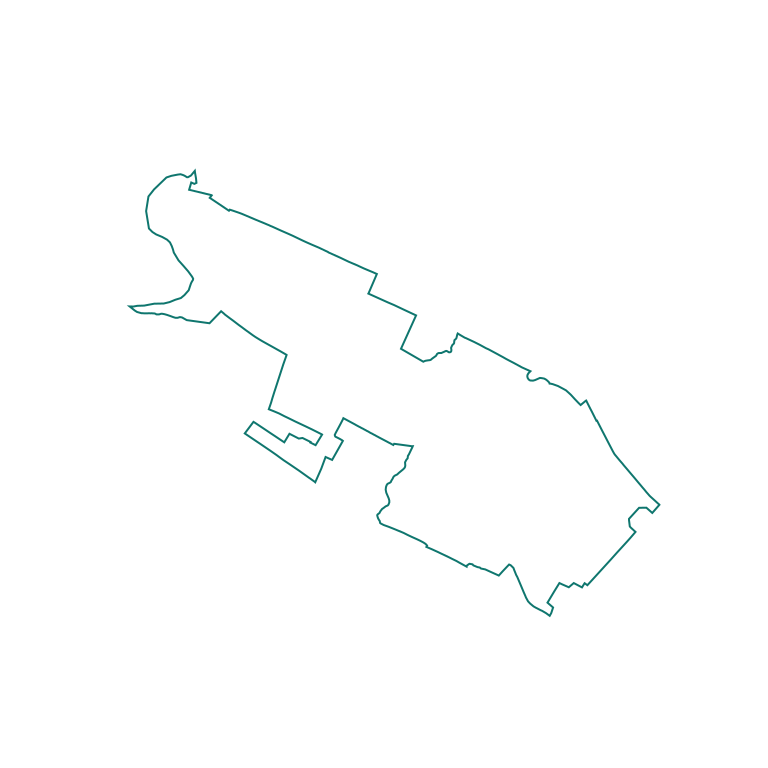 outline of Clinceni, Ilfov, Romania, rotated 64°
{"feature_id": "2599482B71461276901168", "entity_name": "Clinceni", "entity_type": "district", "adm_level": 2, "iso_a3": "ROU", "parent_name": "Romania", "parent_adm1": "Ilfov", "projection": "mercator", "projection_center": [25.929, 44.377], "detail": "fine", "context": "isolated", "style": "outline", "palette": "teal", "viewbox_px": 768, "rotation_deg": 64, "n_neighbors": 0, "source": "geoboundaries", "source_scale": "gbopen_adm2", "svg_char_len": 6165}
<svg xmlns="http://www.w3.org/2000/svg" viewBox="0 0 768 768"><g transform="rotate(64 384 384)"><path d="M109.5,460.6L112.0,466.1L112.2,469.5L111.7,470.5L110.7,471.1L109.3,472.0L108.0,473.1L106.3,474.9L105.4,477.5L103.7,483.8L103.0,489.0L108.3,505.4L112.2,513.5L124.3,522.0L141.2,527.1L145.9,525.5L149.7,523.2L154.6,518.9L159.2,515.7L162.9,514.3L167.0,514.3L170.6,514.7L173.7,515.3L182.8,514.5L189.8,512.5L197.0,510.6L203.2,509.5L204.6,509.4L205.8,509.4L206.8,510.2L207.7,511.7L208.9,513.3L211.1,515.5L214.1,518.4L216.6,524.4L217.7,528.9L216.8,534.6L216.4,540.8L215.1,546.7L211.1,555.3L208.4,565.2L205.6,571.4L204.5,575.3L202.8,578.6L208.7,575.8L211.0,574.4L214.0,571.0L214.8,569.5L215.5,568.3L216.0,567.2L216.7,565.8L217.4,564.2L218.1,562.9L218.5,562.0L218.8,561.4L219.3,560.7L219.8,559.6L220.7,558.6L221.6,558.1L222.0,557.4L222.5,556.4L222.9,555.4L223.1,553.8L223.4,553.0L223.9,552.2L225.1,550.6L226.8,548.7L228.1,547.4L229.4,546.1L231.5,544.1L233.0,542.5L234.0,540.6L234.4,538.1L235.6,536.4L240.1,533.3L252.9,514.2L247.2,498.5L250.3,497.1L251.9,496.5L252.3,496.3L257.2,493.8L260.8,491.9L267.4,488.6L270.2,487.1L274.7,484.8L282.9,480.4L285.5,478.9L289.6,476.3L292.2,474.6L298.1,470.5L300.8,468.6L306.0,465.0L309.3,462.7L314.5,459.2L315.2,458.8L322.4,466.1L341.6,484.6L342.6,485.6L348.2,490.9L351.2,493.6L356.2,498.6L360.5,494.7L364.5,491.2L369.2,487.7L372.6,485.0L376.2,482.2L378.8,480.2L388.0,472.8L393.3,468.6L402.1,461.9L402.3,461.8L407.4,469.8L409.0,472.3L404.3,475.9L403.9,475.4L396.8,480.9L395.7,484.5L387.3,490.8L392.7,499.2L388.6,501.6L383.1,504.8L378.7,507.4L373.7,510.3L362.4,516.9L360.8,517.9L367.4,530.8L380.6,523.2L383.5,521.5L390.5,517.5L393.8,515.6L397.2,513.7L400.8,511.7L403.7,510.2L408.4,507.7L414.4,504.2L422.8,499.4L424.9,498.2L435.6,492.4L436.4,491.9L438.1,491.0L441.2,489.3L442.2,488.9L432.6,477.5L424.0,468.5L429.5,463.9L417.1,445.9L416.2,446.3L414.1,447.7L411.4,449.7L410.4,450.5L409.9,450.8L409.1,450.8L408.2,450.6L406.6,448.6L403.6,444.4L400.4,440.0L398.1,436.9L396.9,435.5L406.8,428.4L407.5,427.9L408.7,427.1L410.8,425.6L411.9,424.8L412.5,424.3L413.3,423.8L414.1,423.2L414.7,422.7L415.0,422.5L415.5,422.1L416.2,421.7L416.6,421.4L417.2,420.9L417.8,420.5L418.5,420.1L418.9,419.7L420.0,418.9L421.7,417.8L422.4,417.3L423.1,416.7L423.4,416.5L424.4,415.8L425.0,415.4L426.0,414.6L426.6,414.2L427.5,413.6L428.3,413.0L429.1,412.4L429.3,412.3L436.8,406.8L438.2,405.8L438.9,405.3L439.9,404.5L440.5,404.1L441.2,403.6L442.9,402.4L442.2,401.1L450.8,388.2L452.0,386.5L452.5,385.4L453.3,386.3L458.2,392.5L459.1,394.0L461.2,395.4L461.9,397.1L463.6,399.4L466.6,400.6L467.7,401.4L468.5,402.5L469.1,404.2L470.4,409.6L471.1,411.8L471.1,414.6L471.5,415.9L472.0,416.7L472.7,417.5L473.5,418.7L474.1,419.8L474.9,420.5L475.3,421.8L475.3,424.6L476.1,426.0L477.5,427.4L479.7,428.8L482.7,429.6L488.8,429.9L491.0,430.3L492.7,431.1L494.4,432.9L494.8,433.9L494.7,436.2L495.2,438.6L495.5,440.5L496.8,443.1L498.0,444.7L498.4,446.8L498.9,447.6L500.5,448.0L502.3,448.2L504.0,448.1L505.2,447.9L507.2,448.4L507.9,448.1L510.6,446.1L514.4,442.4L517.8,439.3L525.0,432.9L526.5,431.6L530.2,428.8L533.8,425.9L538.0,422.4L540.5,420.4L542.0,419.3L543.8,418.0L545.3,417.1L546.3,416.6L548.1,416.1L549.0,417.3L553.4,413.5L559.5,408.5L559.8,408.3L568.2,401.6L571.1,399.4L574.8,396.5L577.9,394.4L584.4,389.8L584.1,389.6L583.6,389.4L583.1,386.7L583.1,385.9L584.9,383.5L586.2,383.2L589.6,380.2L590.9,378.4L592.4,377.7L595.0,374.3L600.1,370.1L606.0,365.2L606.5,364.8L604.3,359.3L601.9,352.9L601.1,350.7L602.4,349.6L606.0,348.3L607.3,348.4L608.0,348.5L610.9,348.7L613.4,348.9L613.7,348.9L616.0,348.8L617.7,348.9L621.6,349.1L625.3,349.3L632.2,349.7L637.0,349.9L638.0,350.0L642.5,349.8L645.4,348.9L649.4,347.1L651.5,345.7L652.4,345.0L656.2,342.2L656.5,341.9L657.1,341.4L661.0,338.8L665.0,336.7L663.2,334.1L659.0,330.0L657.1,330.8L652.2,332.9L645.1,322.0L639.8,313.6L642.3,311.6L647.7,307.0L646.1,300.7L653.6,295.2L651.4,291.7L651.0,291.0L654.0,289.4L641.2,257.1L637.8,248.8L632.0,234.1L630.3,230.0L627.2,222.8L622.1,224.8L620.8,225.3L620.1,225.4L619.7,225.5L613.6,223.4L612.6,222.9L607.1,209.0L610.2,202.4L617.5,199.4L613.3,189.4L612.9,189.5L611.0,190.3L606.7,192.0L604.7,192.8L602.5,193.7L600.9,194.3L598.6,194.9L596.1,195.6L593.0,196.3L590.4,197.0L587.9,197.6L584.4,198.5L577.5,200.2L570.9,201.9L567.3,202.8L562.3,204.1L560.0,204.6L557.8,205.2L555.5,205.8L550.5,207.0L549.7,207.2L548.5,207.5L547.7,207.6L546.5,207.7L544.6,207.8L533.3,208.1L528.6,208.2L521.1,208.4L510.3,208.6L510.2,209.2L500.0,209.3L496.9,209.4L490.7,209.5L487.5,209.5L487.5,209.9L489.1,216.5L486.3,217.5L481.3,219.1L475.5,220.8L469.5,223.2L466.8,225.1L462.1,228.5L458.1,232.4L456.5,234.4L456.2,235.0L455.6,234.9L454.6,235.0L452.4,235.8L450.8,236.6L449.3,237.7L447.9,239.6L446.9,241.2L446.7,246.5L446.3,248.6L444.9,251.1L443.4,252.0L441.4,252.2L440.1,251.9L438.9,251.2L437.7,249.6L436.7,246.8L429.6,252.7L422.0,258.1L418.1,261.0L414.8,263.4L412.0,265.3L408.8,267.6L407.5,268.5L398.6,274.9L396.6,276.6L390.8,280.7L385.8,284.5L378.5,290.4L377.7,291.2L377.5,291.3L376.0,292.3L374.8,293.1L372.8,294.4L370.9,295.6L371.8,296.6L372.2,296.9L373.3,297.8L374.6,298.9L375.0,299.7L375.4,301.3L376.2,302.0L376.7,302.3L378.0,303.1L378.5,303.9L378.8,305.2L379.8,306.6L381.0,307.9L382.4,308.3L383.3,308.7L384.2,309.4L384.4,310.0L384.4,310.7L384.3,311.1L383.9,311.8L383.1,312.3L381.9,313.1L381.5,313.7L381.4,314.7L381.4,316.2L381.3,317.8L381.3,318.8L380.1,321.4L380.1,322.1L380.3,323.2L380.9,324.0L381.5,325.0L382.3,329.6L382.8,331.5L382.6,332.5L382.1,333.9L381.6,335.5L381.3,336.6L381.2,337.5L381.2,338.9L359.8,353.3L336.4,325.1L326.0,333.5L317.5,340.3L312.3,344.8L299.3,355.6L295.9,358.4L295.7,358.1L282.0,342.2L278.5,345.1L276.5,346.9L271.8,351.0L271.1,351.6L266.7,355.2L265.9,355.8L258.8,362.0L251.5,367.8L241.3,376.3L240.9,376.4L233.0,382.7L227.0,387.9L222.5,391.7L219.2,394.4L215.9,397.0L210.6,401.2L206.3,404.8L200.9,409.4L193.4,415.6L192.1,416.8L190.8,417.8L189.6,418.9L187.4,420.8L180.2,427.2L168.7,437.2L166.6,439.2L161.8,444.0L159.7,446.2L160.3,447.4L140.3,459.0L138.9,456.1L138.7,456.2L124.0,474.0L118.4,468.9L121.0,466.7L121.0,464.4L116.7,462.8L111.5,461.3L109.5,460.6Z" fill="none" stroke="#0f766e" stroke-width="2"/></g></svg>